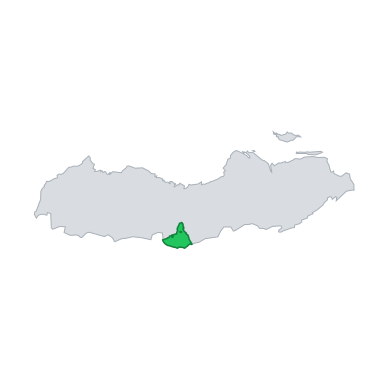 Åre, Jämtland, Sweden (highlighted), rotated 254°
{"feature_id": "70781695B29171482831525", "entity_name": "Åre", "entity_type": "district", "adm_level": 2, "iso_a3": "SWE", "parent_name": "Sweden", "parent_adm1": "Jämtland", "projection": "albers", "projection_center": [13.184, 63.496], "detail": "fine", "context": "in_parent", "style": "filled", "palette": "green", "viewbox_px": 384, "rotation_deg": 254, "n_neighbors": 0, "source": "geoboundaries", "source_scale": "gbopen_adm2", "svg_char_len": 6334}
<svg xmlns="http://www.w3.org/2000/svg" viewBox="0 0 384 384"><g transform="rotate(254 192 192)"><path d="M131.7,265.6L132.6,268.5L134.7,268.2L135.5,266.1L136.7,259.9L135.5,253.0L137.3,250.6L138.5,246.9L141.3,245.8L144.9,241.4L145.3,236.9L146.2,233.6L143.2,223.5L143.0,221.0L147.6,219.7L149.6,213.1L146.5,208.7L141.8,204.6L143.5,191.7L141.7,184.7L142.0,181.7L141.7,177.2L142.9,175.4L140.7,168.7L143.0,164.2L142.6,161.8L149.0,152.6L153.1,150.9L160.7,152.3L162.4,148.6L162.4,146.6L161.7,142.0L157.5,139.3L161.9,131.0L165.3,122.8L165.8,114.9L166.5,111.6L165.5,103.9L170.0,102.9L174.0,99.6L173.3,95.5L181.6,82.2L181.8,79.9L181.0,77.8L178.7,73.9L179.2,72.1L181.5,70.9L182.5,69.1L183.9,63.0L188.3,57.9L193.5,60.7L195.3,55.2L194.6,47.8L196.4,46.9L210.2,50.3L212.1,47.3L209.7,46.1L211.6,42.9L212.1,41.0L212.1,38.8L211.9,37.7L209.8,35.2L213.9,34.3L216.2,35.4L216.6,37.0L226.7,44.5L234.3,46.9L236.7,49.1L237.9,51.7L239.0,51.6L240.8,54.0L242.4,55.2L241.5,57.1L242.2,61.1L242.8,62.9L242.6,66.5L245.2,66.9L245.9,69.0L245.0,71.3L245.5,73.7L249.7,80.3L249.3,82.8L249.5,85.8L248.4,88.2L248.5,90.5L249.3,93.3L250.0,94.6L251.5,95.3L255.1,102.7L252.8,103.6L250.8,102.9L246.6,104.5L245.6,105.8L241.9,103.3L240.2,105.3L238.7,104.0L238.0,106.6L238.2,110.1L236.6,110.0L237.4,111.3L235.3,112.0L235.2,112.6L235.8,113.4L235.2,114.5L232.3,115.3L232.1,116.5L233.1,117.7L233.2,118.6L231.1,117.5L232.7,119.9L233.3,121.7L230.0,129.4L231.6,131.1L233.2,135.1L234.7,136.7L234.4,138.7L230.6,143.8L228.9,151.1L223.9,156.4L221.0,157.9L219.5,161.5L217.1,160.7L217.2,162.6L215.7,161.5L214.8,164.6L212.9,167.3L210.7,167.0L210.5,167.5L211.2,168.2L208.7,169.0L208.1,171.7L206.3,172.6L206.0,173.4L208.0,173.4L207.7,175.6L205.6,176.8L204.9,178.2L203.9,178.3L204.0,177.2L202.5,177.4L202.0,176.2L201.7,176.6L203.0,180.0L202.3,181.4L203.8,182.7L200.0,186.4L197.4,185.2L197.1,186.3L197.9,189.2L200.2,191.3L199.0,192.9L198.0,199.9L199.2,203.9L196.3,203.2L196.6,204.8L195.8,206.6L196.3,209.3L196.1,211.1L196.9,212.6L196.6,213.4L197.4,220.8L198.5,223.9L198.3,226.5L199.6,227.8L202.3,227.9L203.2,229.9L206.4,228.5L209.0,232.4L213.8,235.6L213.7,237.9L216.7,239.3L218.7,242.3L219.5,244.8L219.5,246.4L215.3,251.2L212.1,254.4L208.6,256.4L208.8,257.1L210.6,257.3L214.8,254.8L216.2,256.6L213.9,257.6L213.7,260.1L212.8,261.8L203.4,268.2L202.3,270.1L198.1,273.2L190.2,273.4L189.0,274.1L195.9,274.9L197.6,276.9L194.5,278.4L196.1,283.4L195.4,284.6L195.6,290.1L194.4,290.3L194.0,292.6L194.9,298.1L195.6,299.6L195.4,301.3L193.7,305.1L194.6,309.5L192.8,317.8L190.5,322.6L188.8,329.0L186.7,331.3L184.1,330.1L180.3,331.0L173.3,330.9L172.5,331.6L173.1,333.9L170.5,333.6L166.2,338.5L166.1,340.9L168.0,345.4L165.8,348.4L161.0,347.8L154.7,349.7L149.0,348.2L149.7,346.6L150.2,340.6L143.8,328.2L146.8,329.5L148.0,328.9L146.2,324.8L148.7,324.6L149.5,323.2L149.1,320.8L147.0,319.8L145.2,316.1L143.3,314.2L140.1,306.9L138.9,301.9L137.8,302.3L136.9,296.6L135.1,295.7L134.9,289.8L133.0,289.2L131.9,286.5L131.8,281.4L129.6,280.7L130.0,278.3L129.5,269.4L128.9,266.6L129.5,264.5L130.7,264.4L131.7,265.6ZM224.7,289.9L223.7,290.5L223.3,292.1L221.8,293.1L221.9,298.2L223.5,300.0L222.1,300.9L221.3,303.7L218.7,305.7L217.7,307.5L217.3,310.1L215.0,311.6L216.4,307.7L213.9,303.6L214.3,302.1L213.8,297.2L218.1,290.6L220.3,289.6L221.4,290.2L221.7,288.7L222.4,288.3L224.7,289.9ZM195.5,327.2L194.3,328.3L193.9,326.8L193.7,320.9L196.1,313.8L197.3,313.2L200.1,303.5L200.4,302.9L201.6,303.4L200.8,304.4L200.9,306.0L199.1,311.2L198.7,314.5L198.0,315.3L195.5,327.2ZM225.5,287.8L225.4,289.2L224.1,288.2L225.1,286.5L227.5,286.7L225.5,287.8ZM216.8,251.8L215.5,254.1L215.1,253.2L215.3,252.1L216.8,251.8ZM214.4,263.5L213.7,263.7L214.1,262.2L215.1,261.7L214.4,263.5Z" fill="#d9dde1" stroke="#a8b0b8" stroke-width="1"/><path d="M157.7,166.4L157.4,166.2L157.0,166.2L156.7,166.0L156.5,165.8L156.1,165.6L155.9,165.4L156.0,164.9L156.2,164.5L156.2,164.1L156.2,163.7L155.9,163.4L155.9,162.9L156.1,162.7L156.0,162.4L155.8,162.0L155.5,161.8L155.2,161.6L154.5,161.6L154.0,161.3L153.8,161.1L153.8,160.8L153.8,160.5L154.1,160.3L154.4,160.4L154.9,160.7L155.2,161.0L155.4,161.3L155.6,161.5L156.0,161.6L156.2,161.3L156.2,160.9L156.1,160.6L155.8,160.4L155.6,160.1L155.7,159.6L155.8,158.6L155.7,158.1L155.3,158.0L155.1,157.8L155.0,157.6L154.7,157.3L154.6,156.9L154.6,156.6L154.7,156.1L154.7,155.9L154.6,155.6L154.2,155.1L154.2,154.6L154.2,153.1L154.1,151.4L154.1,150.7L153.8,150.7L153.2,150.5L152.9,150.6L151.8,151.0L150.4,151.4L149.7,151.8L149.0,152.5L148.4,152.8L147.9,153.3L147.7,153.6L147.4,153.9L146.9,154.8L146.4,155.7L146.0,156.3L145.5,157.0L144.9,157.9L144.4,158.6L144.1,159.1L143.9,159.6L143.7,160.0L143.6,160.4L143.0,161.2L142.5,161.7L142.4,162.0L142.1,162.3L142.0,162.5L142.0,162.9L142.1,163.1L142.3,163.4L142.4,163.7L142.4,163.9L142.4,164.3L142.6,164.6L142.6,164.8L142.5,165.1L142.3,165.3L142.0,165.8L141.8,166.4L141.7,166.8L141.5,167.1L141.4,167.6L141.2,168.0L140.8,168.5L140.6,168.8L140.4,168.9L140.2,169.1L140.1,169.5L140.1,169.9L140.2,170.3L140.3,170.4L140.5,170.5L140.6,170.8L140.7,171.0L140.8,171.2L140.9,171.9L141.4,172.9L141.5,173.1L141.7,173.6L141.9,173.9L142.1,174.3L142.3,174.9L142.5,175.2L142.5,175.6L142.5,175.9L142.4,176.2L141.9,176.7L141.6,177.3L141.3,177.6L141.2,177.6L141.9,177.6L142.5,177.6L143.0,177.4L143.7,177.2L144.6,176.9L145.6,176.7L146.2,176.5L147.3,176.2L148.6,176.3L150.1,176.3L151.8,176.2L152.2,175.9L152.7,175.4L153.3,174.9L153.6,174.7L154.1,174.9L154.2,175.1L154.6,175.0L154.9,174.7L155.4,174.3L155.9,174.0L156.3,173.9L156.5,173.6L156.9,173.4L157.6,173.3L158.3,173.3L158.6,173.4L158.7,173.8L158.9,173.9L159.2,173.6L159.3,173.4L159.8,173.3L160.0,173.7L159.7,174.0L160.1,174.3L160.7,174.2L161.0,174.3L161.4,174.3L161.7,174.2L162.4,174.1L162.7,174.1L163.0,174.3L163.3,174.5L163.6,174.5L163.9,174.4L164.2,174.1L164.6,174.0L164.9,174.0L165.0,174.0L165.7,174.1L165.8,174.2L165.2,173.1L165.4,172.7L165.4,171.8L165.2,171.2L164.6,171.0L162.7,169.1L162.1,168.8L161.7,168.2L161.4,168.0L161.1,167.9L160.7,167.7L160.3,167.6L160.0,167.6L159.9,167.4L159.5,167.4L159.2,167.6L158.8,167.6L158.6,167.3L158.3,167.1L157.9,166.8L157.8,166.6L157.7,166.4ZM156.2,170.7L156.1,170.4L156.2,170.2L156.4,170.1L156.4,169.8L156.5,169.6L156.9,169.4L157.0,169.4L157.1,169.5L157.1,169.8L157.1,170.0L156.9,170.2L156.8,170.3L156.8,170.5L156.7,170.8L156.4,170.8L156.3,170.7L156.2,170.7Z" fill="#22c55e" stroke="#15803d" stroke-width="1.5"/></g></svg>